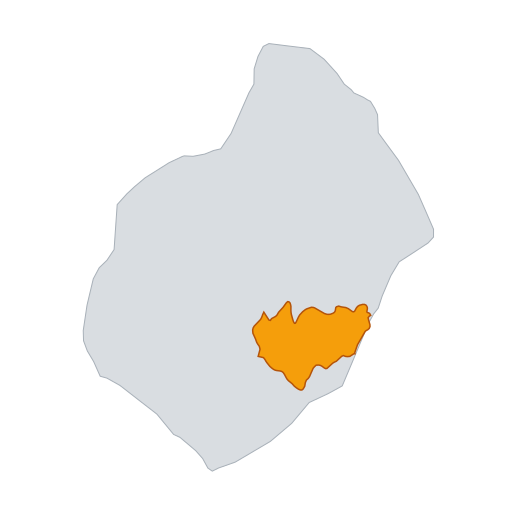 Berea on a map of Lesotho (Equal Earth projection), rotated 175°
{"feature_id": "LSO-1202", "entity_name": "Berea", "entity_type": "District", "adm_level": 1, "iso_a3": "LSO", "parent_name": "Lesotho", "parent_adm1": "", "projection": "equal_earth", "projection_center": [27.891, -29.155], "detail": "fine", "context": "in_parent", "style": "filled", "palette": "amber", "viewbox_px": 512, "rotation_deg": 175, "n_neighbors": 0, "source": "natural_earth", "source_scale": "10m", "svg_char_len": 2893}
<svg xmlns="http://www.w3.org/2000/svg" viewBox="0 0 512 512"><g transform="rotate(175 256 256)"><path d="M334.5,356.5L320.7,361.6L318.8,362.0L310.0,360.8L298.2,362.0L289.0,364.8L281.8,365.8L270.1,380.3L248.8,419.2L243.1,427.4L241.5,442.6L236.6,454.7L230.5,464.2L224.6,466.5L206.9,462.7L184.2,457.9L171.0,446.1L159.3,430.7L153.1,419.5L146.6,413.3L144.3,409.9L135.1,404.7L131.6,402.0L128.5,400.1L124.8,392.6L122.6,386.2L123.4,368.1L116.9,357.3L105.7,338.9L98.6,323.8L88.9,303.2L82.9,285.5L76.8,267.2L77.5,259.4L83.4,254.0L100.5,244.8L113.9,237.7L123.4,224.6L133.8,205.1L138.8,193.4L143.9,188.0L149.4,179.7L159.1,161.4L169.8,141.0L181.4,119.1L195.9,112.7L215.8,105.4L235.0,86.2L257.8,70.1L294.6,52.5L311.7,48.1L318.3,45.5L322.4,48.9L326.8,58.9L333.0,67.3L347.5,81.9L353.6,85.4L368.5,107.1L384.5,121.9L402.8,138.9L415.3,147.4L421.7,149.8L426.9,164.9L432.3,176.1L435.2,186.6L434.6,196.8L428.6,221.8L420.1,247.4L413.2,258.0L404.9,264.7L396.8,274.8L393.6,295.2L389.8,319.3L379.2,329.2L371.0,335.6L359.6,343.6L334.5,356.5Z" fill="#d9dde1" stroke="#a8b0b8" stroke-width="1"/><path d="M146.9,186.8L148.2,186.3L149.7,184.8L149.4,182.4L148.5,177.7L148.6,175.7L149.6,173.9L151.1,172.8L152.7,172.1L153.8,171.4L162.6,158.8L166.0,151.2L165.9,150.0L167.2,150.0L171.3,147.8L173.8,147.8L175.7,148.2L177.6,149.2L179.4,148.6L185.2,144.1L187.0,143.5L188.3,142.9L189.4,142.2L195.1,137.8L196.4,137.7L197.7,138.5L200.1,140.6L201.4,141.4L203.0,141.9L205.6,142.0L207.4,140.6L208.9,139.1L213.2,131.2L214.6,129.5L216.6,128.0L217.9,125.5L218.8,122.0L220.6,119.4L222.0,118.5L223.6,118.7L225.3,119.6L227.2,121.1L229.2,123.0L231.1,125.6L234.6,129.0L235.9,130.8L236.9,133.0L237.9,135.4L239.1,137.6L240.5,138.8L242.1,139.4L245.4,140.1L246.9,140.6L248.4,141.5L250.2,143.1L251.8,144.8L254.4,148.7L255.3,150.3L256.0,151.9L257.4,154.1L262.6,155.8L260.1,162.8L260.6,165.8L261.8,167.8L262.4,169.0L262.9,170.2L263.7,173.3L265.8,179.3L265.8,182.6L265.1,184.6L263.9,186.3L257.2,192.2L256.4,193.2L255.1,195.5L254.7,196.6L253.1,199.4L248.7,191.1L248.0,190.8L247.2,190.6L246.8,191.3L246.3,191.9L245.7,192.4L242.4,193.8L241.2,194.5L240.2,195.4L238.4,198.0L233.5,202.5L229.9,206.7L228.4,207.8L227.2,207.5L226.2,206.3L225.8,204.7L225.6,202.9L226.0,198.4L226.0,196.3L225.8,194.4L224.7,188.5L224.2,186.8L223.5,185.6L222.7,185.6L221.8,186.7L218.9,191.7L217.6,193.5L214.4,196.4L211.5,198.3L209.8,199.0L205.3,200.1L203.5,199.8L202.1,199.2L192.8,192.7L190.3,191.7L188.6,191.5L187.0,191.5L184.2,192.3L183.1,192.9L182.2,193.8L181.7,194.9L181.4,196.1L181.1,197.5L180.3,198.4L178.0,198.9L175.5,197.9L171.0,196.8L168.6,195.5L164.8,192.2L163.5,191.9L162.5,192.5L160.7,195.3L159.2,196.9L157.3,197.9L153.9,198.5L152.1,198.3L150.7,197.5L150.0,196.3L149.6,195.1L149.6,194.1L149.7,193.5L150.4,191.2L150.4,190.7L150.1,190.2L149.5,189.8L148.7,189.5L148.1,189.1L147.7,188.7L147.0,187.1L146.9,186.8Z" fill="#f59e0b" stroke="#b45309" stroke-width="1.5"/></g></svg>